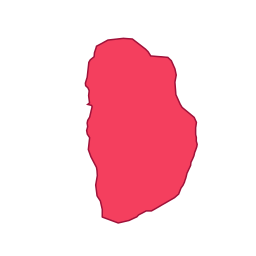 the district of Mbandaka, Équateur, Democratic Republic of the Congo, rotated 321°
{"feature_id": "63176286B82661241826895", "entity_name": "Mbandaka", "entity_type": "district", "adm_level": 2, "iso_a3": "COD", "parent_name": "Democratic Republic of the Congo", "parent_adm1": "Équateur", "projection": "mercator", "projection_center": [18.267, -0.084], "detail": "fine", "context": "isolated", "style": "filled", "palette": "rose", "viewbox_px": 256, "rotation_deg": 321, "n_neighbors": 0, "source": "geoboundaries", "source_scale": "gbopen_adm2", "svg_char_len": 1469}
<svg xmlns="http://www.w3.org/2000/svg" viewBox="0 0 256 256"><g transform="rotate(321 128 128)"><path d="M204.0,103.0L203.5,99.1L203.4,98.2L199.1,94.0L196.2,91.3L191.0,86.3L191.6,81.4L191.3,78.5L191.2,77.6L188.3,65.4L187.4,61.6L180.8,55.4L167.7,47.0L158.4,45.3L155.0,44.6L153.5,45.7L149.3,48.4L146.5,51.3L141.6,51.3L138.9,52.3L136.6,54.6L128.2,62.9L123.1,66.3L122.4,67.4L121.7,68.5L122.1,71.4L122.1,71.6L121.3,74.6L120.3,75.6L117.8,78.0L113.9,84.3L111.5,84.3L113.9,87.5L113.5,88.9L112.2,89.9L111.7,90.3L110.3,91.3L110.1,91.5L105.1,95.4L102.6,96.3L101.5,96.7L99.3,98.5L98.4,100.1L97.5,101.6L97.1,101.9L94.3,103.9L92.5,107.2L92.1,111.4L83.6,119.8L81.1,127.0L78.7,138.8L77.1,141.6L74.2,145.7L67.0,152.0L61.3,161.2L61.1,162.5L60.6,167.3L56.8,175.0L56.6,175.3L52.1,180.8L52.0,181.1L60.6,195.6L62.6,196.6L70.6,200.5L77.1,202.1L78.9,202.6L81.5,202.2L90.0,203.9L94.1,207.2L98.1,207.9L105.9,209.1L120.3,211.4L125.5,211.2L125.8,211.2L131.2,208.1L132.5,207.7L134.7,207.1L137.8,205.6L139.2,204.6L141.2,203.4L142.6,202.4L145.3,200.3L153.1,196.5L155.3,194.3L158.9,192.6L161.7,191.1L164.5,188.9L166.7,187.7L169.6,185.9L171.5,184.2L172.8,181.2L175.2,178.3L176.3,175.9L177.6,174.2L180.7,170.4L181.4,169.7L181.6,169.6L184.4,167.0L184.6,166.8L184.7,166.7L185.2,164.8L186.1,161.4L184.5,153.4L183.0,146.0L183.5,142.4L186.2,132.2L193.3,121.9L198.8,117.2L200.9,113.1L201.6,111.7L201.9,110.8L202.6,108.1L202.7,107.8L204.0,103.0Z" fill="#f43f5e" stroke="#9f1239" stroke-width="1.5"/></g></svg>